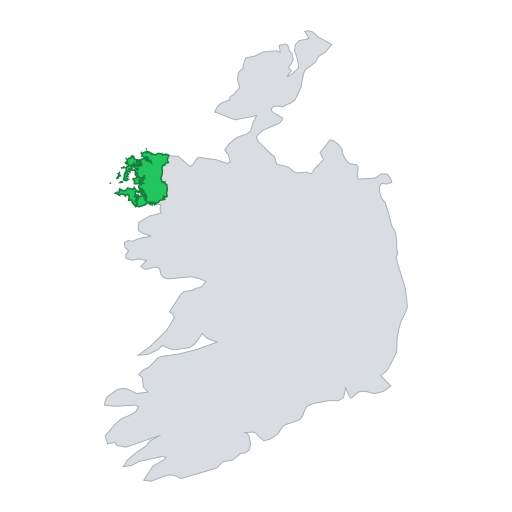 Belmullet-Lea-3, Mayo, Ireland shown in context
{"feature_id": "5873133B47562740874876", "entity_name": "Belmullet-Lea-3", "entity_type": "district", "adm_level": 2, "iso_a3": "IRL", "parent_name": "Ireland", "parent_adm1": "Mayo", "projection": "albers", "projection_center": [-9.902, 54.113], "detail": "fine", "context": "in_parent", "style": "filled", "palette": "green", "viewbox_px": 512, "rotation_deg": 0, "n_neighbors": 0, "source": "geoboundaries", "source_scale": "gbopen_adm2", "svg_char_len": 9503}
<svg xmlns="http://www.w3.org/2000/svg" viewBox="0 0 512 512"><path d="M315.5,62.0L305.4,69.7L303.9,72.6L301.3,84.0L301.1,87.2L295.0,100.0L291.3,102.7L285.9,104.9L282.8,107.0L278.8,106.1L273.7,106.4L271.3,108.7L271.5,110.4L273.0,112.4L282.5,117.9L282.0,120.3L279.5,123.1L263.0,130.3L258.1,134.5L256.4,137.3L258.3,141.7L272.1,154.9L274.4,156.3L276.6,164.1L288.6,167.1L293.6,171.8L297.8,172.9L306.9,172.1L310.6,173.8L312.6,172.4L313.7,169.7L323.5,159.8L320.1,152.7L329.8,140.1L332.6,140.1L337.6,143.7L341.8,148.7L343.3,155.6L347.3,161.7L349.8,163.7L356.4,164.7L358.1,167.0L357.3,176.1L358.4,179.1L375.1,178.1L381.5,173.8L387.3,174.2L390.4,178.1L391.9,182.2L387.0,184.0L381.8,183.4L379.4,186.3L379.5,191.6L381.6,198.3L385.3,202.9L388.7,213.6L391.6,225.6L395.6,232.6L396.8,241.6L396.5,246.1L397.6,254.0L396.2,256.9L397.8,264.3L405.3,288.1L407.5,306.9L404.8,314.1L401.1,321.0L398.8,329.1L397.2,337.8L396.7,351.7L388.5,368.3L384.9,372.6L380.6,375.3L390.8,386.1L383.2,391.5L374.6,393.6L364.8,391.2L358.9,391.8L351.5,398.0L349.7,397.0L345.7,387.9L343.5,397.6L338.1,400.8L328.6,400.6L312.8,403.7L306.8,406.6L304.4,411.0L302.7,416.0L300.3,419.0L297.5,420.6L285.4,424.7L283.0,426.2L277.5,434.3L270.1,439.2L264.0,440.7L258.4,436.2L256.0,433.4L253.4,432.1L245.0,432.5L247.7,433.9L249.5,437.1L250.5,443.4L249.6,449.6L245.5,452.8L240.5,453.5L232.8,460.0L222.4,461.9L216.8,467.9L182.4,478.3L180.4,478.4L175.6,475.9L170.4,474.8L165.3,475.7L150.8,481.3L143.8,480.2L152.7,466.3L164.7,459.3L165.9,457.4L162.0,456.5L139.2,461.4L131.3,465.5L123.3,466.7L127.0,460.4L137.2,451.8L146.0,446.1L149.8,441.0L160.5,435.2L126.0,447.1L116.9,445.6L114.8,442.3L107.7,443.8L105.1,435.8L115.6,423.7L121.7,418.5L128.9,415.7L135.9,411.6L138.4,406.7L135.2,405.1L114.4,406.3L104.5,405.2L105.1,401.3L106.9,396.9L117.2,389.6L122.8,388.4L127.7,389.1L136.5,393.5L148.1,392.1L143.3,387.3L142.4,377.7L138.7,374.4L143.4,369.9L148.9,367.2L157.9,357.9L161.1,356.5L178.9,354.1L198.0,349.1L217.0,342.1L207.2,338.5L202.4,333.6L195.1,343.7L189.7,347.6L174.4,349.8L169.6,348.7L162.8,345.6L160.7,346.8L158.7,349.2L148.6,354.2L138.0,355.3L150.3,346.3L165.9,331.0L169.4,326.1L174.3,317.7L172.7,313.9L169.5,311.8L180.6,294.5L184.5,291.3L191.7,290.7L197.0,287.9L199.3,287.9L201.4,286.8L205.9,281.6L198.8,278.4L191.4,276.8L168.7,278.8L165.7,278.4L162.8,276.8L161.0,274.6L159.6,268.7L157.9,267.4L152.8,267.4L147.8,269.2L144.2,269.0L140.8,266.5L146.3,260.5L139.2,259.0L132.0,260.2L126.0,258.4L125.8,254.6L128.5,250.9L125.0,247.3L124.3,242.8L128.1,240.6L132.2,241.3L140.6,238.0L151.4,236.3L142.1,233.1L138.5,230.3L138.3,225.9L139.0,222.3L149.6,216.0L161.0,213.2L160.1,209.1L160.9,204.7L149.4,203.4L138.2,206.6L139.4,198.1L142.1,190.4L142.6,185.3L142.1,179.9L136.8,182.2L136.2,174.6L133.9,169.4L126.1,173.0L126.4,166.0L128.6,161.2L132.7,159.1L136.7,160.0L144.2,160.0L151.4,156.3L161.8,155.3L178.3,156.4L189.8,166.5L192.8,164.6L197.2,158.1L199.4,157.4L216.6,159.9L227.3,163.5L230.1,162.3L228.5,155.1L224.7,150.2L229.2,143.6L234.7,139.1L238.4,136.8L246.9,133.9L250.6,131.2L252.9,122.8L256.7,115.7L235.2,119.8L214.6,111.9L217.8,106.0L222.0,102.6L229.4,100.0L230.1,96.9L233.8,94.3L239.8,87.5L237.4,78.9L238.4,72.5L242.8,68.2L244.1,62.3L245.9,57.8L254.9,56.1L263.4,51.8L276.7,50.8L280.2,52.4L279.2,45.2L285.5,44.1L287.9,45.4L289.2,50.5L292.1,53.7L293.2,59.3L291.4,63.7L288.3,67.2L291.4,70.5L287.0,76.9L291.9,74.1L298.6,67.8L298.1,62.8L296.7,56.6L294.6,51.0L295.3,44.7L299.0,40.7L309.2,38.4L304.8,31.5L308.5,30.7L312.6,32.0L318.8,37.3L331.8,44.5L325.8,51.6L318.4,56.7L315.5,62.0ZM135.8,200.9L135.6,204.2L130.5,200.0L128.1,195.5L114.4,193.4L120.1,188.9L122.9,190.3L132.6,190.5L135.3,192.4L135.8,200.9Z" fill="#d9dde1" stroke="#a8b0b8" stroke-width="1"/><path d="M167.4,189.8L166.8,184.7L164.4,183.1L164.9,181.9L161.9,182.0L161.5,179.4L160.6,179.1L162.2,174.3L162.4,169.8L161.6,167.7L162.5,166.8L162.5,165.4L164.7,165.3L165.7,163.2L168.4,162.6L167.2,159.9L168.8,155.2L165.9,154.0L165.3,155.1L163.7,154.3L162.5,155.1L161.6,153.9L158.1,153.3L155.2,154.9L152.2,153.7L151.9,154.5L148.9,151.7L146.9,152.7L147.2,151.4L146.8,151.2L142.0,153.5L142.2,155.5L141.7,156.0L144.6,157.4L146.4,156.7L148.1,157.8L148.3,158.6L146.1,157.1L145.3,157.8L149.2,161.5L151.0,159.7L150.4,161.0L151.2,161.8L151.3,161.9L151.2,162.1L151.5,162.2L151.5,162.8L150.2,161.0L149.1,161.9L145.7,160.0L144.7,158.2L141.5,159.3L140.5,161.4L141.0,162.1L140.4,162.6L142.6,165.3L140.3,164.0L139.6,164.5L140.7,164.8L140.7,165.8L135.1,166.1L133.3,165.1L134.9,165.3L133.4,162.0L135.2,165.3L136.1,165.6L136.0,164.7L138.1,164.7L137.5,164.0L139.0,163.4L139.9,160.0L138.0,160.7L137.6,159.3L137.2,162.3L136.5,162.4L137.0,159.7L134.9,159.6L134.1,157.6L133.0,157.3L133.5,156.3L132.3,155.7L131.8,156.2L132.5,156.8L130.9,157.2L130.6,158.4L129.2,158.1L126.9,159.8L127.4,161.4L125.9,162.2L127.5,162.6L127.6,164.0L125.1,163.0L128.6,164.6L128.7,165.7L125.9,168.0L126.5,170.3L124.4,174.1L124.2,177.9L123.4,178.5L124.1,179.9L126.0,180.8L128.4,179.5L126.1,177.6L126.5,176.3L128.0,176.6L127.3,175.0L128.6,174.0L126.1,172.8L128.2,171.2L129.8,172.2L130.0,170.5L129.7,169.3L129.0,169.2L129.1,168.8L131.7,170.0L131.4,168.6L132.2,168.0L130.6,166.1L132.2,166.0L131.5,164.8L132.9,164.7L133.2,166.3L135.6,168.4L138.0,168.2L137.8,169.6L137.1,168.7L135.5,171.0L134.4,169.7L133.4,170.0L135.5,171.1L136.3,173.1L137.6,173.1L137.1,174.0L135.3,173.1L135.1,174.5L136.8,176.4L137.9,175.5L139.3,177.4L137.1,176.9L136.3,178.2L133.4,178.6L132.9,179.1L134.6,181.1L134.3,183.7L137.1,183.9L139.6,182.6L139.1,179.8L140.3,180.8L140.7,178.5L141.5,178.3L141.5,178.1L141.0,178.0L140.4,177.4L143.2,178.3L143.5,176.4L144.8,175.3L143.4,177.4L144.5,178.4L141.7,178.7L143.4,180.2L141.4,181.0L140.6,182.7L142.7,182.4L143.5,183.2L142.0,182.9L141.3,184.8L139.8,183.3L138.6,186.6L139.6,189.6L139.5,187.9L141.4,188.6L140.2,189.5L142.5,190.9L142.2,189.6L142.6,189.2L144.2,192.2L142.6,191.4L142.6,194.9L143.7,194.5L145.2,195.1L145.1,193.9L146.2,193.7L145.7,194.1L146.0,195.2L145.8,195.4L146.7,196.9L146.1,199.7L146.5,201.0L145.5,200.8L144.8,198.9L146.1,198.8L145.9,196.7L143.8,196.9L143.3,195.4L139.4,196.6L138.6,195.8L138.7,197.4L136.3,198.8L138.1,195.0L136.0,194.9L136.4,195.4L135.3,196.3L136.2,196.7L136.1,197.0L134.4,196.5L135.6,195.2L134.9,194.2L135.7,192.9L135.1,192.0L137.2,191.4L134.1,187.4L133.2,189.5L127.7,188.0L125.4,190.8L123.3,190.9L119.7,189.0L119.6,191.4L118.3,192.9L116.2,192.9L114.8,193.7L116.3,193.2L119.6,195.4L119.5,194.3L123.8,193.9L124.5,195.4L127.9,194.1L129.3,195.6L128.6,200.4L131.1,200.0L132.8,202.1L132.2,202.7L134.9,205.3L136.1,205.2L136.5,203.2L136.3,201.4L135.2,201.4L135.6,200.3L136.4,200.8L137.0,200.4L136.4,199.7L138.8,198.2L137.0,201.1L137.2,204.8L136.1,205.5L138.9,206.8L144.8,205.0L147.5,202.7L146.9,201.8L149.7,203.4L150.7,203.0L149.4,202.3L149.8,202.1L154.1,202.3L155.1,202.6L154.7,202.9L154.9,203.5L155.8,202.4L155.5,203.4L156.2,203.8L155.7,203.4L158.7,202.1L159.6,200.4L162.2,199.9L163.4,197.0L164.0,198.7L163.5,199.6L164.8,199.4L163.9,196.1L166.5,197.0L167.2,195.9L166.5,193.1L167.4,189.8ZM139.6,191.9L140.1,190.4L137.4,191.4L138.0,192.6L138.5,192.6L138.3,192.4L138.2,191.5L139.6,191.9ZM141.9,191.6L140.7,192.1L141.4,193.6L141.0,194.5L142.3,193.5L141.9,191.6ZM120.4,175.9L119.2,174.0L118.3,173.9L118.9,174.6L118.4,176.4L120.4,175.9ZM118.4,177.8L118.0,176.6L116.3,178.7L118.4,177.8ZM135.8,205.8L134.7,205.5L136.2,207.2L135.8,205.8ZM143.5,194.8L144.7,196.7L144.8,195.1L143.5,194.8ZM121.4,182.4L120.6,181.9L120.0,182.5L121.4,182.4ZM150.6,204.0L151.1,203.4L150.3,204.0L150.6,204.0ZM123.9,166.7L123.3,166.6L124.4,166.9L123.9,166.7ZM122.8,182.0L122.0,181.7L121.7,182.1L122.8,182.0ZM154.2,203.3L153.8,203.7L154.7,203.7L154.2,203.3ZM152.1,203.1L152.1,202.8L151.8,202.9L152.1,203.1ZM152.8,203.0L153.2,203.4L153.5,203.2L152.8,203.0ZM152.0,203.9L152.6,203.8L151.9,203.5L152.0,203.9ZM141.5,153.5L141.4,152.9L141.2,153.2L141.5,153.5ZM155.0,204.1L154.8,203.8L154.6,204.0L155.0,204.1ZM145.8,195.8L145.6,195.3L145.4,195.7L145.8,195.8ZM153.4,204.3L153.1,204.0L153.4,204.3ZM153.2,202.9L153.4,202.7L153.0,202.9L153.2,202.9ZM119.3,172.5L119.8,172.3L120.0,172.3L119.6,172.3L119.3,172.5ZM141.1,191.2L141.3,191.6L141.2,191.2L141.1,191.2ZM152.1,205.4L152.5,205.1L151.9,205.4L152.1,205.4ZM126.1,158.4L126.5,158.3L126.1,158.3L126.1,158.4ZM152.0,204.6L151.9,204.3L152.0,204.6ZM125.7,195.5L125.7,195.9L125.8,195.8L125.7,195.5ZM123.2,167.7L122.9,167.9L123.5,167.8L123.3,167.6L123.2,167.7ZM132.5,155.6L132.6,155.3L132.3,155.6L132.5,155.6ZM119.0,173.0L119.4,173.2L119.0,173.0ZM146.7,148.7L146.9,148.6L146.4,148.8L146.7,148.7ZM119.5,172.7L119.2,172.7L119.0,172.9L119.5,172.7ZM123.3,167.5L123.0,167.6L123.3,167.5ZM140.2,190.4L140.4,190.1L140.2,190.3L140.2,190.4ZM123.8,167.7L124.1,167.6L123.7,167.5L123.8,167.7ZM146.8,149.0L146.5,148.9L146.5,149.0L146.8,149.0ZM121.9,168.1L122.1,167.9L121.8,167.9L121.9,168.1ZM161.8,154.0L161.8,153.7L161.6,153.8L161.8,154.0ZM153.9,204.3L154.0,204.4L153.9,204.3ZM154.0,203.2L153.9,203.1L153.7,203.1L154.0,203.2ZM151.2,152.3L151.1,152.9L151.2,152.3ZM152.9,204.8L152.7,204.7L152.9,204.8ZM123.9,167.0L123.7,167.0L124.0,167.1L123.9,167.0ZM119.7,172.6L119.7,172.4L119.6,172.6L119.7,172.6ZM154.3,204.8L154.3,204.7L154.1,204.8L154.3,204.8ZM118.6,177.1L118.8,177.1L118.6,177.1ZM123.0,180.7L122.9,180.7L123.1,180.8L123.0,180.7ZM123.7,180.6L123.8,180.7L123.7,180.6ZM111.0,183.1L110.8,183.0L110.7,183.1L111.0,183.1ZM154.5,205.4L154.4,205.4L154.5,205.4ZM147.6,202.4L147.5,202.5L147.6,202.4ZM152.7,203.5L152.9,203.4L152.6,203.5L152.7,203.5ZM150.7,204.6L150.9,204.5L150.7,204.5L150.7,204.6Z" fill="#22c55e" stroke="#15803d" stroke-width="1.5"/></svg>